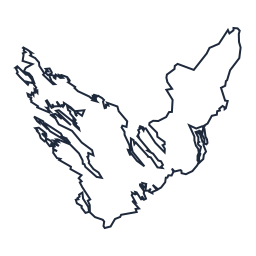 Lindås nor, Hordaland, Norway
{"feature_id": "86288312B23917972553599", "entity_name": "Lindås nor", "entity_type": "district", "adm_level": 2, "iso_a3": "NOR", "parent_name": "Norway", "parent_adm1": "Hordaland", "projection": "albers", "projection_center": [5.308, 60.697], "detail": "fine", "context": "isolated", "style": "outline", "palette": "slate", "viewbox_px": 256, "rotation_deg": 0, "n_neighbors": 0, "source": "geoboundaries", "source_scale": "gbopen_adm2", "svg_char_len": 5713}
<svg xmlns="http://www.w3.org/2000/svg" viewBox="0 0 256 256"><path d="M59.2,160.0L70.9,166.7L70.5,169.1L81.5,175.2L78.7,178.2L81.6,181.3L79.8,182.4L82.3,187.2L90.2,199.4L87.8,200.7L89.7,205.0L89.9,212.3L95.0,217.1L102.8,219.8L104.2,221.6L103.5,226.1L104.7,228.0L110.6,226.5L115.0,219.0L120.2,216.9L121.1,214.8L136.7,212.0L135.6,209.0L139.0,208.5L132.3,201.0L135.6,202.3L131.7,195.2L132.6,194.0L132.2,192.8L135.2,194.4L135.9,194.1L135.2,192.0L136.6,192.4L141.1,199.3L142.5,199.1L141.9,196.2L144.0,199.7L146.0,198.7L143.7,193.2L144.2,191.3L140.1,185.6L139.9,183.6L142.9,189.2L143.6,187.5L142.5,186.5L142.2,183.0L146.2,184.0L145.6,187.0L143.2,186.0L143.7,187.4L145.9,187.0L145.3,190.7L148.7,190.7L150.7,188.6L149.2,191.7L152.4,193.3L152.3,192.0L156.9,190.0L152.7,184.9L158.0,189.3L161.1,187.5L165.2,182.2L165.8,177.7L167.4,177.6L168.4,175.3L171.6,175.5L173.4,171.8L171.9,168.6L174.5,171.5L180.4,170.1L181.4,170.7L181.6,173.2L185.9,174.2L192.4,171.1L197.2,165.4L198.7,162.0L197.5,160.4L197.6,155.6L198.8,152.9L198.2,148.9L195.9,145.6L194.4,140.4L194.4,136.6L189.2,125.3L196.2,128.5L202.2,126.3L203.6,128.0L204.5,126.3L203.0,126.4L207.6,123.5L211.8,115.8L216.8,114.7L217.2,111.2L219.9,110.5L219.3,108.7L222.6,106.0L224.5,107.3L224.6,109.2L225.8,108.3L227.7,101.0L225.1,100.6L221.0,87.8L225.2,85.8L225.9,81.1L227.1,80.2L230.1,70.2L239.3,58.1L240.6,47.6L239.0,41.9L238.8,34.0L239.7,30.7L237.6,28.4L233.5,28.0L233.5,30.3L229.4,33.4L227.9,30.0L218.9,43.8L209.5,47.9L206.7,53.5L193.8,69.9L177.6,63.9L174.8,65.9L174.5,69.0L166.9,74.6L166.4,77.7L167.4,82.1L172.1,88.8L166.4,89.8L172.6,99.9L171.9,111.9L169.0,112.1L166.2,117.0L158.3,121.0L153.1,120.8L149.5,122.9L149.2,124.9L157.0,132.7L157.4,136.8L164.6,141.9L164.7,144.3L162.6,145.2L164.8,148.7L164.6,152.3L155.3,142.8L145.8,128.4L143.9,128.5L143.5,130.5L141.8,128.0L143.5,128.6L143.1,127.4L140.1,126.2L139.4,127.8L140.1,128.7L138.2,130.1L139.3,132.3L138.0,135.1L138.5,136.3L136.8,135.6L150.7,152.2L148.0,150.1L147.2,150.5L153.1,153.7L158.3,160.5L161.0,161.3L162.9,164.9L161.3,166.5L162.5,168.0L157.5,167.4L150.8,157.4L147.1,156.4L148.4,156.6L135.7,142.4L134.4,144.2L133.6,140.2L130.9,138.5L131.0,144.8L132.7,151.9L144.4,166.3L136.9,160.8L129.6,151.5L130.3,155.5L127.9,149.8L130.4,150.3L129.3,144.9L124.6,134.9L124.5,131.8L121.6,127.4L122.4,125.7L126.5,126.9L127.2,121.3L118.7,111.2L117.4,106.5L107.1,102.8L108.3,105.5L106.0,104.9L106.0,107.7L104.7,108.1L103.0,101.7L104.0,100.0L102.1,98.1L98.2,95.8L96.3,97.0L96.4,95.5L94.0,94.8L93.4,95.7L95.7,97.0L95.9,98.8L92.7,96.4L92.7,98.0L94.4,98.5L92.6,98.5L96.0,100.5L96.9,101.5L92.9,100.4L93.5,100.1L89.2,96.5L77.9,91.2L74.5,88.0L75.2,87.0L68.1,82.3L69.0,81.8L68.4,80.4L69.5,81.0L69.7,80.5L67.2,77.1L61.3,75.0L60.2,75.4L62.8,77.8L60.4,77.9L59.9,75.6L58.6,74.9L58.6,76.6L55.6,74.6L55.0,76.1L55.7,76.3L55.4,78.6L53.8,77.5L53.7,75.7L51.3,75.0L51.8,72.4L49.6,68.5L45.8,68.9L48.2,71.4L45.9,71.4L45.9,73.2L47.9,75.1L50.0,74.2L49.6,76.4L51.5,81.1L54.9,84.1L53.1,84.2L43.1,74.7L44.3,73.3L39.3,65.9L39.0,62.5L35.2,58.1L30.2,55.5L31.2,54.7L30.2,52.5L31.5,52.6L27.5,49.8L23.4,47.5L23.0,47.9L24.2,48.7L23.7,50.7L25.6,52.2L22.9,53.3L23.6,54.7L22.6,60.9L32.5,64.1L25.7,67.9L23.8,71.5L29.0,73.5L32.0,76.9L34.1,82.5L33.2,82.1L33.9,84.6L36.2,87.7L35.4,88.8L36.0,90.5L37.3,90.3L37.4,92.8L34.6,89.9L35.0,92.7L33.3,92.7L33.4,95.1L31.7,93.1L31.1,95.4L27.6,93.8L28.4,96.6L31.3,98.0L30.5,99.4L31.6,100.6L31.2,101.9L38.0,106.3L37.3,107.4L48.9,112.3L48.5,111.0L50.2,111.5L46.7,107.9L48.5,108.2L48.5,105.3L46.0,101.0L47.0,100.4L51.6,107.8L53.1,107.2L52.2,104.1L53.7,106.4L59.1,106.2L56.6,101.4L60.5,106.5L61.2,106.2L60.7,104.8L61.9,105.9L61.6,104.5L63.2,106.5L64.0,105.5L63.9,102.9L70.6,107.3L74.8,111.2L84.3,110.3L82.0,115.8L77.7,112.7L75.8,113.8L77.1,116.1L75.8,115.1L74.4,111.0L67.1,105.9L68.1,110.1L71.0,111.8L70.1,111.5L70.2,113.6L76.2,120.7L73.4,118.8L73.5,120.8L76.4,123.2L75.7,123.9L76.2,125.4L78.8,127.8L79.2,129.5L74.4,125.2L73.8,124.3L75.0,124.3L72.5,121.3L58.8,110.2L56.1,110.8L70.9,125.1L59.5,115.3L57.9,115.2L61.8,119.0L55.6,113.9L52.9,114.4L55.3,117.1L54.4,117.3L50.0,114.4L55.5,118.5L58.8,124.4L72.0,130.8L81.7,142.5L92.1,150.2L93.4,155.3L87.4,152.5L88.5,153.4L88.4,156.6L87.4,156.8L89.2,161.6L88.7,162.9L93.5,169.1L98.5,172.5L101.7,177.8L96.6,176.9L85.3,166.8L84.4,164.2L82.8,163.8L82.6,160.4L79.0,153.4L70.1,144.4L57.7,139.4L56.2,139.4L58.4,141.8L53.8,140.7L58.8,146.0L53.2,143.2L54.7,146.5L53.2,147.1L53.1,148.8L57.1,151.2L53.4,149.7L53.2,152.8L57.0,158.1L60.4,158.9L59.2,160.0ZM198.4,131.2L195.6,132.1L198.4,137.4L198.3,141.3L199.2,142.0L198.0,142.8L198.2,144.6L201.0,146.8L199.6,152.8L200.4,153.9L199.0,157.6L199.4,162.7L203.3,159.0L203.8,154.8L206.0,151.6L203.5,145.1L203.6,142.0L202.5,141.8L200.1,134.3L201.5,131.6L199.4,130.9L199.0,133.5L197.9,132.5L198.4,131.2ZM17.3,66.3L15.4,67.7L16.8,68.1L16.0,68.7L17.7,72.1L16.8,73.3L19.9,76.9L27.9,84.7L28.6,83.1L27.6,81.9L32.5,83.1L32.3,80.0L28.4,74.9L25.9,74.6L17.3,66.3ZM75.8,199.8L76.9,203.3L81.8,206.1L81.5,207.7L85.5,212.9L89.1,211.8L88.3,206.9L83.1,198.7L82.4,192.6L79.1,194.7L79.6,196.6L77.5,198.2L78.3,199.3L75.8,199.8ZM38.8,127.7L35.3,128.2L38.2,131.0L36.3,130.2L39.4,133.7L40.7,138.0L44.5,141.4L45.5,140.7L49.7,146.2L52.3,146.0L52.0,144.0L50.4,144.8L52.1,143.2L51.2,141.2L47.7,139.1L45.7,140.3L46.1,137.9L41.8,133.4L46.3,135.5L46.1,133.6L43.9,132.0L45.2,132.6L38.8,127.7ZM45.7,123.7L45.3,125.2L50.1,131.3L70.2,143.4L66.3,138.3L63.0,138.5L65.0,137.8L61.3,136.3L61.9,135.5L60.8,133.5L45.7,123.7ZM203.0,129.2L202.2,134.8L204.4,139.3L204.3,143.6L206.4,144.3L207.5,142.9L207.0,139.4L205.5,136.7L204.5,129.2L203.0,129.2ZM43.2,121.3L34.1,116.6L37.2,121.2L39.0,122.7L38.5,121.3L39.6,121.2L47.7,129.3L43.7,124.7L44.5,124.4L43.2,121.3Z" fill="none" stroke="#1e293b" stroke-width="2"/></svg>